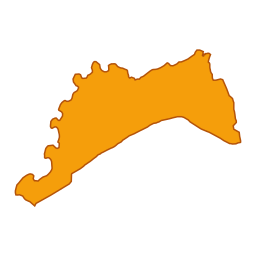 outline of Nianija, Central River, Gambia
{"feature_id": "56634734B85088174381509", "entity_name": "Nianija", "entity_type": "district", "adm_level": 2, "iso_a3": "GMB", "parent_name": "Gambia", "parent_adm1": "Central River", "projection": "natural_earth1", "projection_center": [-15.106, 13.716], "detail": "fine", "context": "isolated", "style": "filled", "palette": "amber", "viewbox_px": 256, "rotation_deg": 0, "n_neighbors": 0, "source": "geoboundaries", "source_scale": "gbopen_adm2", "svg_char_len": 4073}
<svg xmlns="http://www.w3.org/2000/svg" viewBox="0 0 256 256"><path d="M210.5,54.5L208.9,53.3L207.6,53.3L206.7,53.6L205.2,53.6L205.1,54.4L204.2,54.4L203.6,56.0L203.0,56.0L202.4,55.2L203.2,53.7L202.9,52.9L203.3,51.6L199.8,50.1L196.9,50.1L195.3,52.2L194.5,54.4L193.4,55.2L192.0,56.1L188.0,59.0L185.0,60.4L181.4,61.9L178.9,62.0L178.0,62.9L176.8,64.0L173.2,65.7L172.8,65.8L170.5,65.6L168.5,63.4L167.2,62.9L166.8,63.2L164.0,65.7L161.1,67.4L160.8,67.6L158.0,68.8L157.6,69.0L155.4,69.4L153.5,69.5L152.3,69.7L150.2,71.0L143.9,75.9L143.6,76.2L140.8,77.4L139.4,79.1L137.3,79.1L135.1,79.9L134.3,78.3L131.5,77.2L130.6,77.6L130.0,78.0L129.5,78.0L129.3,77.7L129.2,77.6L128.6,76.8L128.5,75.3L127.8,73.3L127.4,70.6L126.8,69.9L125.7,69.5L124.9,69.2L122.7,68.2L120.5,67.9L119.1,67.3L118.1,66.8L117.6,66.5L115.8,64.3L114.9,63.8L111.4,63.9L109.8,64.6L108.5,65.5L108.7,67.3L108.8,69.4L108.5,70.7L106.5,71.8L104.3,71.8L102.0,70.6L101.0,69.5L100.2,68.1L99.6,64.6L95.9,61.6L94.3,61.6L93.3,62.6L92.4,64.5L91.5,67.7L92.4,70.2L92.4,71.7L92.4,72.2L90.2,74.2L88.8,74.9L87.8,75.3L87.0,77.2L86.3,78.1L83.1,78.4L82.2,78.3L81.4,77.1L80.5,74.7L79.0,74.0L76.6,74.2L75.3,74.3L73.2,78.7L73.1,78.9L73.1,79.5L73.5,82.0L76.1,85.7L77.2,86.0L78.5,87.1L78.5,88.0L77.6,90.1L76.7,91.1L74.2,92.5L73.5,93.3L72.8,94.6L72.3,97.0L72.2,97.3L72.0,98.4L70.9,100.1L68.4,101.3L66.5,101.3L65.5,100.6L64.4,100.6L62.0,102.5L60.5,104.5L59.8,106.3L58.6,109.4L58.8,110.2L61.2,111.6L61.7,112.0L62.6,113.5L62.5,116.1L60.9,118.6L60.3,119.5L59.7,120.4L58.4,120.4L56.3,118.1L55.1,118.1L52.6,119.2L50.9,121.4L50.7,123.5L50.5,125.2L50.5,126.7L51.2,128.0L52.1,128.3L54.7,126.9L55.4,126.9L56.0,126.9L56.6,127.3L57.4,128.0L57.7,128.5L58.1,129.3L58.3,130.1L59.3,134.5L59.4,135.9L59.4,137.3L58.6,140.1L58.0,141.5L58.0,142.2L58.8,142.7L59.3,143.5L59.0,147.5L58.3,148.0L57.1,148.4L55.8,147.9L54.8,146.9L53.0,145.2L48.2,145.8L47.5,146.3L46.2,147.9L45.7,148.8L44.9,152.1L44.4,154.0L44.6,155.2L44.6,157.1L44.6,157.6L44.7,157.8L45.3,158.2L46.1,158.2L47.0,157.8L48.1,157.7L48.8,157.8L49.3,158.1L49.8,158.5L50.8,159.6L51.6,161.6L52.1,168.4L51.6,169.9L50.3,172.1L48.3,174.3L46.7,175.7L42.9,177.1L39.6,179.5L38.1,181.0L35.2,180.7L34.4,180.7L33.2,178.8L33.8,175.9L32.6,174.5L31.7,174.2L30.1,173.9L28.7,174.3L26.6,175.3L23.0,177.8L20.2,181.2L19.1,182.6L16.9,185.0L16.1,187.9L15.4,190.8L15.4,192.8L15.9,194.9L17.4,195.0L19.6,194.8L22.7,196.0L24.5,198.7L25.8,199.9L30.2,201.9L30.7,202.4L34.7,205.9L36.0,203.4L46.9,197.3L50.5,195.3L66.0,185.9L69.3,183.9L71.3,181.4L71.5,174.4L71.8,173.6L80.3,168.7L81.5,167.8L83.5,166.3L85.0,164.8L86.6,163.8L88.0,162.8L89.7,161.7L91.7,160.2L92.4,159.6L92.5,159.5L93.9,158.4L96.1,156.8L97.4,155.5L98.2,154.7L100.3,153.9L101.4,152.9L102.8,152.3L106.8,150.2L110.9,148.2L112.5,147.6L114.3,146.6L115.7,145.6L115.9,145.4L117.8,143.7L121.2,141.9L122.8,140.1L124.1,139.3L127.0,137.4L129.2,135.8L134.9,133.4L135.3,133.1L136.1,132.7L137.1,132.2L140.4,130.5L141.7,129.9L147.5,127.0L149.9,125.2L153.7,123.3L156.1,123.0L157.8,122.2L158.8,122.0L161.3,120.5L169.6,118.7L172.8,117.8L177.5,116.7L177.8,116.7L179.1,116.7L181.6,116.7L183.9,117.4L188.4,120.0L188.5,120.2L189.1,120.8L190.1,121.9L201.0,128.9L201.9,129.3L205.5,130.8L206.6,131.2L206.6,131.3L208.5,132.0L209.1,132.2L219.5,137.8L220.4,138.3L223.8,140.6L229.7,143.6L230.6,143.6L232.1,143.9L232.4,144.0L232.5,144.0L236.0,143.8L237.7,143.0L237.8,142.9L239.1,142.7L240.5,142.4L240.6,142.0L240.6,141.8L240.6,141.2L240.6,140.9L240.5,140.5L240.5,140.2L240.4,140.1L240.4,139.8L239.6,136.1L239.6,135.8L239.2,132.3L233.8,129.2L233.2,125.8L236.3,122.5L236.3,120.9L235.4,118.7L234.8,113.9L234.7,113.6L234.7,113.4L234.5,111.9L233.8,109.4L233.8,105.8L233.8,103.8L233.8,102.7L233.1,100.7L232.5,98.5L230.3,96.5L229.2,95.7L226.7,88.9L222.7,79.7L221.8,79.4L220.5,79.0L215.9,80.2L213.3,80.2L213.0,79.6L212.4,78.2L212.2,74.3L211.6,73.6L211.0,72.6L210.6,71.6L210.5,71.2L210.4,70.6L210.3,69.7L210.1,69.1L209.9,68.1L209.8,67.1L209.8,66.1L209.8,65.4L209.8,64.6L209.7,63.9L209.6,63.4L209.2,62.8L208.4,62.3L208.4,61.2L208.7,59.9L209.5,57.2L210.5,54.5Z" fill="#f59e0b" stroke="#b45309" stroke-width="1.5"/></svg>